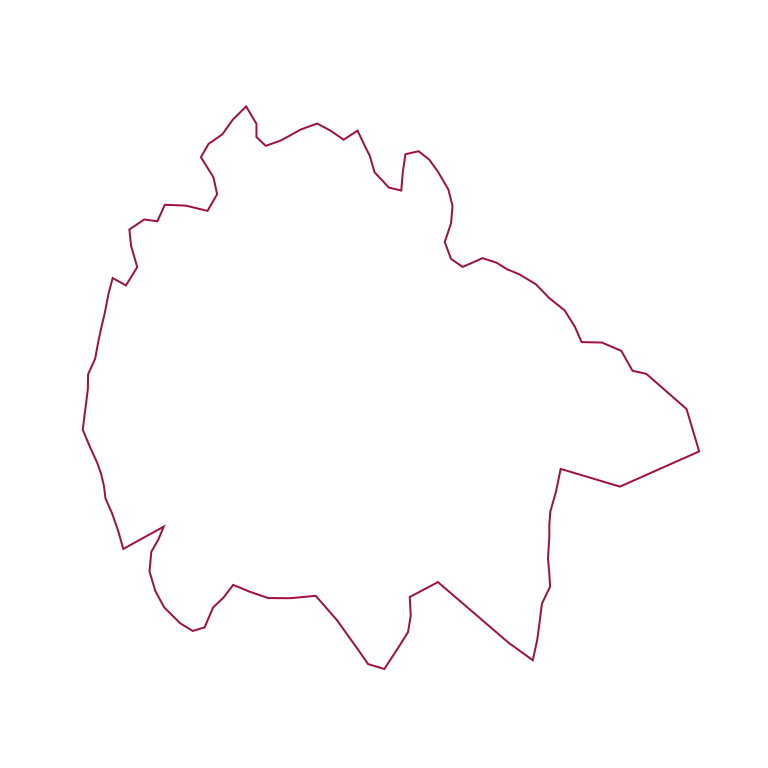 Alcântaras, Ceará, Brazil, rotated 83°
{"feature_id": "56859067B37073586191016", "entity_name": "Alcântaras", "entity_type": "district", "adm_level": 2, "iso_a3": "BRA", "parent_name": "Brazil", "parent_adm1": "Ceará", "projection": "orthographic", "projection_center": [-40.547, -3.584], "detail": "fine", "context": "isolated", "style": "outline", "palette": "rose", "viewbox_px": 768, "rotation_deg": 83, "n_neighbors": 0, "source": "geoboundaries", "source_scale": "gbopen_adm2", "svg_char_len": 1542}
<svg xmlns="http://www.w3.org/2000/svg" viewBox="0 0 768 768"><g transform="rotate(83 384 384)"><path d="M603.7,591.7L585.1,581.0L576.3,569.2L565.0,558.2L573.7,542.8L582.3,525.2L585.2,503.2L585.9,477.6L613.4,459.0L631.4,449.3L644.7,442.0L660.1,433.9L666.9,418.4L645.5,400.4L633.2,390.4L617.3,385.7L598.5,384.4L587.2,354.6L656.2,291.7L676.3,270.0L657.0,263.2L642.1,259.3L621.2,254.0L605.3,243.8L591.2,243.0L577.1,242.5L556.2,238.6L543.4,237.0L530.8,234.4L511.5,226.3L489.8,219.0L514.6,162.4L489.3,79.4L445.7,86.8L405.9,122.4L401.2,135.7L380.1,144.4L369.4,162.7L366.5,182.8L350.6,187.5L333.0,195.7L318.9,209.5L303.5,221.1L291.5,236.5L285.2,247.8L277.4,257.4L271.1,270.8L277.4,291.7L268.0,302.2L250.5,306.4L232.5,297.8L215.5,294.3L198.8,296.4L179.4,304.8L166.6,311.9L157.2,321.3L158.5,334.7L175.5,339.4L194.1,343.3L189.6,355.3L172.6,367.6L155.9,370.3L143.4,374.7L129.3,379.4L136.6,394.3L125.9,406.4L117.3,418.7L121.2,435.4L129.8,456.9L133.2,472.4L123.3,480.5L110.2,478.9L91.7,487.0L103.2,501.9L116.5,514.0L124.3,528.9L136.6,538.1L158.0,528.1L175.3,526.5L190.7,538.1L182.8,559.0L179.4,579.7L194.9,589.1L191.5,601.9L199.6,617.9L215.8,618.2L238.0,614.7L254.7,628.1L245.8,640.4L260.7,646.4L278.7,652.2L291.3,656.9L305.6,661.9L323.6,667.6L338.3,676.5L353.2,678.6L374.1,683.9L392.6,688.6L411.4,683.3L426.8,678.4L438.9,675.7L451.1,674.4L463.7,674.4L479.1,669.7L497.1,665.8L515.9,662.9L498.7,620.0L510.7,626.8L522.2,635.4L541.5,639.6L561.6,636.2L578.9,629.4L596.6,615.5L605.8,604.0L603.7,591.7Z" fill="none" stroke="#9f1239" stroke-width="2"/></g></svg>